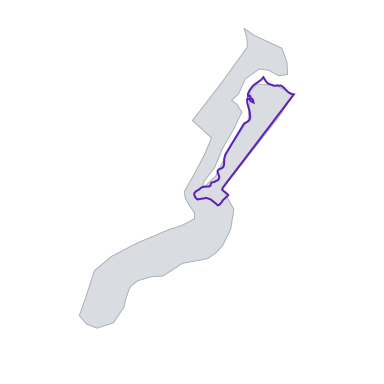 North Bank highlighted on a map of Gambia, rotated 127°
{"feature_id": "GMB-5513", "entity_name": "North Bank", "entity_type": "Division", "adm_level": 1, "iso_a3": "GMB", "parent_name": "Gambia", "parent_adm1": "", "projection": "equal_earth", "projection_center": [-15.943, 13.489], "detail": "fine", "context": "in_parent", "style": "outline", "palette": "violet", "viewbox_px": 384, "rotation_deg": 127, "n_neighbors": 0, "source": "natural_earth", "source_scale": "10m", "svg_char_len": 2351}
<svg xmlns="http://www.w3.org/2000/svg" viewBox="0 0 384 384"><g transform="rotate(127 192 192)"><path d="M52.7,169.4L81.3,167.9L115.9,168.5L153.5,169.2L171.3,169.5L180.6,148.2L198.3,138.8L216.4,135.3L225.9,136.3L235.8,139.4L255.0,157.0L266.9,161.0L277.0,165.0L284.2,173.6L295.6,182.0L304.6,184.3L310.0,183.0L318.9,179.8L324.7,177.1L343.8,176.0L357.9,185.9L360.9,196.6L358.5,207.6L339.7,213.5L313.6,222.6L292.0,217.6L265.7,205.1L250.3,196.1L243.9,192.5L234.3,186.8L225.9,180.6L217.8,176.6L211.7,174.0L207.1,177.3L204.8,184.9L201.2,193.3L196.5,198.4L174.4,201.3L154.7,204.5L144.0,207.1L137.0,209.1L134.7,234.7L112.3,234.4L90.3,234.1L67.5,234.5L42.9,235.0L36.7,240.2L30.0,248.7L29.4,235.9L23.1,206.7L31.5,193.9L40.7,186.4L46.8,192.4L48.7,204.3L53.4,212.4L69.5,217.5L85.5,213.9L95.2,215.5L94.9,208.9L98.2,200.2L117.6,196.4L138.1,193.9L159.1,188.6L175.6,188.9L180.5,187.4L179.3,185.1L164.5,182.6L133.0,188.7L100.8,190.4L76.4,206.3L66.4,204.9L56.4,189.0L52.7,169.4Z" fill="#d9dde1" stroke="#a8b0b8" stroke-width="1"/><path d="M170.3,170.0L172.1,169.2L172.3,163.2L172.6,161.2L174.1,161.3L179.2,162.3L181.2,162.3L182.1,162.2L185.9,162.5L187.2,163.5L186.9,165.6L186.7,172.6L188.0,176.8L194.7,183.2L194.4,185.5L193.6,187.5L192.4,188.9L191.2,189.5L189.1,189.2L185.2,187.7L183.5,187.4L181.9,186.7L180.0,184.9L177.3,181.7L176.3,181.1L175.3,181.3L174.3,181.8L173.4,182.1L172.4,181.8L171.5,181.1L170.8,180.4L170.4,180.1L168.8,179.6L167.5,178.7L166.0,178.3L163.8,179.1L162.7,180.3L161.0,183.3L159.9,184.2L158.0,184.3L155.0,182.5L153.0,182.1L151.0,182.8L146.0,186.3L142.0,187.9L105.9,191.6L102.3,189.9L100.1,189.5L98.0,190.1L96.0,191.5L92.8,194.7L88.1,200.9L87.0,202.0L86.1,202.5L85.3,203.4L84.5,203.9L83.5,202.9L83.4,201.8L83.8,200.2L84.0,198.5L83.5,196.7L81.6,199.0L81.4,200.3L82.0,202.0L80.9,202.8L80.4,202.9L80.4,204.0L81.0,204.2L81.5,204.6L82.0,204.9L79.8,206.4L76.0,207.2L72.1,207.3L69.6,207.1L60.9,204.3L57.3,204.0L58.0,202.6L59.3,198.9L59.6,197.3L59.3,195.2L58.2,192.2L58.0,191.0L57.5,190.0L55.4,187.9L54.7,186.3L53.6,185.4L53.4,184.8L53.4,181.7L54.4,175.3L54.2,172.9L53.6,170.9L52.8,169.4L59.9,169.5L66.9,169.5L73.9,169.5L80.9,169.6L87.9,169.6L94.9,169.6L101.9,169.7L106.4,169.7L108.9,169.7L115.8,169.7L122.8,169.8L129.8,169.8L136.8,169.8L143.8,169.9L150.8,169.9L157.8,170.0L164.8,170.0L170.3,170.0Z" fill="none" stroke="#5b21b6" stroke-width="2"/></g></svg>